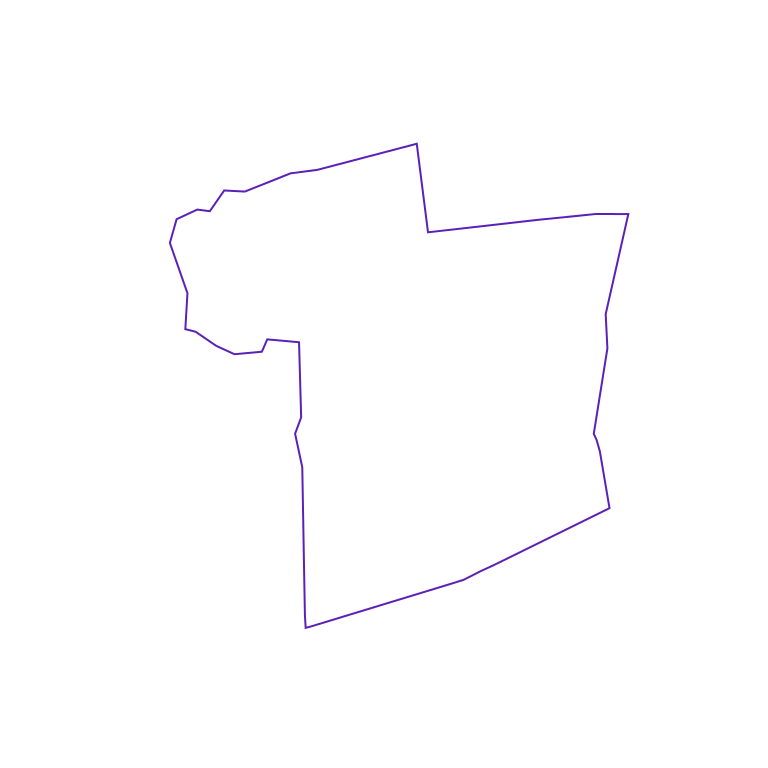 outline of Carbon, Pennsylvania, United States of America, rotated 294°
{"feature_id": "52423323B51217028410737", "entity_name": "Carbon", "entity_type": "district", "adm_level": 2, "iso_a3": "USA", "parent_name": "United States of America", "parent_adm1": "Pennsylvania", "projection": "orthographic", "projection_center": [-75.722, 40.935], "detail": "fine", "context": "isolated", "style": "outline", "palette": "violet", "viewbox_px": 768, "rotation_deg": 294, "n_neighbors": 0, "source": "geoboundaries", "source_scale": "gbopen_adm2", "svg_char_len": 634}
<svg xmlns="http://www.w3.org/2000/svg" viewBox="0 0 768 768"><g transform="rotate(294 384 384)"><path d="M507.4,573.6L538.0,558.1L638.6,538.1L625.6,508.6L595.8,456.5L540.5,362.5L616.8,316.2L552.6,236.1L538.4,212.9L503.2,178.6L495.8,159.3L471.0,154.6L467.4,142.5L450.2,127.5L425.8,131.0L387.0,167.5L353.3,180.2L355.1,190.6L350.6,215.3L350.4,235.3L363.8,259.3L377.3,259.2L387.6,289.4L319.8,321.9L302.4,323.0L274.7,343.2L189.6,382.9L140.4,405.9L129.4,411.6L132.3,415.3L230.0,527.9L237.4,536.3L252.2,548.3L264.3,558.9L362.3,640.5L410.4,608.5L419.3,601.0L423.8,595.9L507.4,573.6Z" fill="none" stroke="#5b21b6" stroke-width="2"/></g></svg>